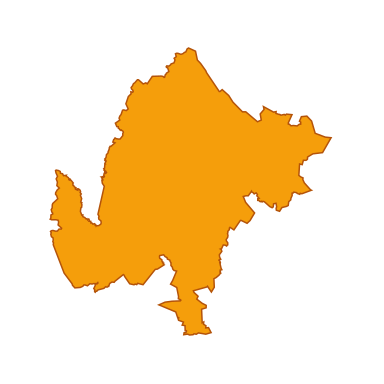 outline of Olinalá, Guerrero, Mexico, rotated 260°
{"feature_id": "50627088B95412074222990", "entity_name": "Olinalá", "entity_type": "district", "adm_level": 2, "iso_a3": "MEX", "parent_name": "Mexico", "parent_adm1": "Guerrero", "projection": "mercator", "projection_center": [-98.791, 17.883], "detail": "fine", "context": "isolated", "style": "filled", "palette": "amber", "viewbox_px": 384, "rotation_deg": 260, "n_neighbors": 0, "source": "geoboundaries", "source_scale": "gbopen_adm2", "svg_char_len": 5973}
<svg xmlns="http://www.w3.org/2000/svg" viewBox="0 0 384 384"><g transform="rotate(260 192 192)"><path d="M62.6,159.2L61.6,161.9L56.7,161.2L56.4,162.4L56.0,162.5L54.7,161.7L54.8,159.8L52.9,159.1L52.8,162.9L51.6,164.8L51.3,168.3L52.0,169.4L51.2,171.5L52.1,173.9L49.6,180.9L50.2,186.4L55.6,184.7L55.8,181.9L57.9,182.5L59.7,180.4L62.0,181.0L61.4,179.3L74.9,181.1L75.5,185.8L77.9,186.3L80.7,182.6L85.7,178.1L88.3,179.9L92.8,176.5L94.5,176.2L95.9,190.2L96.5,190.9L90.1,193.7L94.3,197.4L102.8,198.5L103.5,200.8L105.3,204.0L107.1,206.0L107.5,205.7L107.8,205.7L107.5,206.1L110.1,206.1L110.3,207.9L111.7,207.4L117.5,207.1L117.3,207.6L117.6,207.7L119.5,207.3L120.1,206.7L120.6,207.0L120.8,208.6L123.0,207.9L125.4,208.0L128.4,211.1L130.3,210.8L130.9,210.1L131.1,211.3L134.4,213.6L133.9,215.4L132.8,216.7L133.3,217.0L133.7,218.0L135.8,218.4L137.8,217.4L139.2,217.4L141.2,219.3L143.1,219.9L144.9,219.7L145.5,220.2L147.0,220.4L148.4,222.2L150.1,222.6L150.6,223.3L147.4,226.7L155.6,234.7L155.4,235.6L151.6,240.8L153.8,244.2L160.5,250.0L172.5,243.0L178.7,241.7L178.9,244.4L178.5,246.7L182.3,250.7L181.7,250.7L180.7,252.1L179.3,252.9L180.0,255.0L178.2,256.0L177.0,255.2L174.1,257.0L174.0,255.6L172.4,255.3L172.4,255.9L170.6,257.5L170.8,258.9L170.0,259.3L170.5,260.3L169.8,261.6L164.1,266.1L162.6,268.2L163.2,269.4L166.2,270.3L166.3,272.8L162.7,272.8L161.3,272.0L159.4,271.9L157.8,274.9L161.1,277.9L161.4,282.6L162.0,284.4L165.7,285.6L167.1,287.9L168.6,288.3L171.1,290.0L173.5,290.4L173.5,291.6L174.2,292.2L173.2,294.9L172.4,295.3L171.0,297.7L171.9,298.3L171.2,299.9L173.0,309.9L173.6,309.1L181.5,304.2L185.1,303.3L186.6,303.8L188.0,301.7L189.8,300.1L200.9,302.8L199.8,305.3L203.9,307.2L203.4,309.6L203.6,310.4L204.3,311.4L206.4,311.9L208.6,317.7L208.1,327.4L221.3,338.4L222.9,332.8L228.4,323.5L241.1,322.1L246.8,318.3L247.2,312.8L243.0,310.1L242.0,311.2L239.9,310.8L240.1,309.5L238.8,307.0L239.9,303.3L240.0,301.0L241.9,299.6L242.1,298.7L243.3,298.8L250.8,303.9L252.3,298.5L251.5,297.2L252.4,296.3L252.2,292.9L253.2,291.9L253.1,291.5L254.8,288.3L256.6,288.8L256.5,286.2L263.7,277.2L260.8,277.3L257.0,272.7L250.8,272.7L249.8,268.7L261.6,258.9L262.2,255.6L273.4,247.9L280.7,244.9L287.6,239.5L286.1,237.0L286.2,236.3L306.9,227.1L309.1,226.6L317.1,222.8L321.0,220.2L330.1,219.9L334.4,213.6L333.8,212.1L331.0,210.2L330.8,208.8L329.8,207.1L329.5,205.0L331.1,202.1L331.3,200.7L331.0,199.7L328.0,200.0L326.8,197.6L325.0,198.2L322.3,196.7L321.8,193.7L320.8,192.7L320.0,191.0L320.6,189.1L320.0,188.4L319.1,188.5L318.5,189.6L314.6,190.1L313.5,187.5L312.6,186.9L312.2,186.1L309.7,184.9L309.7,184.4L310.9,183.5L311.5,181.8L312.8,173.0L306.3,166.7L307.5,165.5L306.9,162.7L311.8,158.8L312.0,157.7L309.4,154.5L308.9,153.2L306.7,151.7L305.5,150.2L304.0,150.3L302.5,151.4L301.0,151.5L300.5,150.8L301.3,149.2L299.2,149.0L297.1,145.9L290.3,142.2L284.9,143.6L283.6,141.4L284.7,139.0L284.6,137.8L280.6,135.6L279.3,134.1L277.4,133.0L275.4,133.4L273.1,128.5L269.5,129.3L269.1,130.7L267.7,130.5L266.9,131.4L265.9,131.6L265.5,132.8L264.7,132.2L265.2,133.2L263.9,134.5L262.8,134.8L261.7,134.0L259.5,133.6L256.7,130.4L256.8,129.1L257.6,126.8L258.6,125.6L257.5,124.7L257.3,124.0L254.9,122.7L253.8,124.7L251.0,120.1L251.3,119.4L251.0,119.1L249.9,118.2L248.6,117.9L246.3,116.4L245.2,116.2L243.6,114.2L240.8,113.3L239.7,111.9L239.3,112.3L238.4,111.7L238.0,112.5L237.3,112.2L237.1,112.6L235.2,111.1L234.6,111.5L234.5,111.0L230.7,110.0L230.3,109.2L229.6,109.7L228.9,109.1L228.2,109.9L226.7,109.4L227.3,110.7L226.0,111.2L225.3,110.2L225.3,108.6L223.8,108.0L222.7,108.5L222.2,108.3L222.1,107.8L222.7,107.2L222.6,106.1L222.0,106.4L222.3,105.4L221.2,106.1L220.6,105.6L219.4,106.3L219.1,105.3L216.2,105.2L212.9,106.6L186.4,95.5L184.2,96.2L183.1,95.6L181.5,95.5L179.3,97.3L177.3,97.2L176.2,96.6L175.1,94.4L175.3,92.1L175.8,91.8L175.5,91.6L176.2,91.5L176.1,90.9L177.3,90.9L177.8,90.3L177.5,88.9L179.0,87.9L179.1,87.0L180.7,87.2L181.0,85.7L181.3,86.0L183.2,85.8L183.4,85.4L182.6,84.4L184.0,83.9L183.9,83.0L185.5,82.0L186.7,80.2L188.4,80.5L188.3,79.5L192.2,78.7L195.7,79.8L196.0,80.6L198.6,81.4L199.8,81.1L200.6,81.7L201.5,80.7L204.6,82.2L208.3,81.5L209.3,82.6L211.0,81.7L211.6,82.3L212.8,82.2L213.9,81.7L215.0,80.4L215.0,79.9L213.6,79.8L215.0,77.7L215.7,77.7L215.9,78.4L216.4,78.5L217.4,77.1L218.8,76.6L219.1,76.0L221.1,76.1L221.5,76.6L224.6,74.9L224.9,73.8L225.7,74.3L226.1,74.0L225.9,73.0L226.4,73.2L227.6,72.7L229.6,70.7L230.3,71.2L230.4,68.3L232.5,67.7L233.3,65.7L235.1,65.8L236.3,64.3L237.2,62.0L236.8,61.3L234.3,61.4L230.8,62.3L228.5,60.5L225.2,61.2L221.7,60.0L218.9,62.0L217.5,59.7L215.0,57.6L213.5,57.2L211.9,58.1L208.6,58.6L204.9,52.9L203.7,52.2L200.5,51.5L199.1,50.3L196.6,50.5L195.5,51.1L194.5,51.0L193.9,49.1L190.7,48.4L189.9,47.6L189.0,48.9L188.3,53.2L187.4,55.3L185.5,55.4L182.8,54.4L179.0,57.3L178.2,56.8L178.6,54.6L176.9,52.7L177.1,50.8L178.3,48.4L178.3,46.8L177.7,45.8L176.5,46.3L174.8,45.6L172.4,45.8L170.9,47.2L168.8,47.0L167.2,46.3L166.1,46.8L164.2,46.2L134.3,52.0L122.4,58.0L120.9,58.1L117.9,60.0L117.4,65.4L118.1,68.1L119.2,69.3L119.0,70.6L117.8,72.8L119.4,75.5L118.7,77.7L118.9,79.0L118.3,82.2L119.2,83.5L118.7,83.6L118.0,82.6L118.0,80.6L116.8,80.5L113.9,78.5L112.9,79.2L110.7,78.8L110.1,79.3L110.8,79.8L110.8,81.1L111.4,81.5L111.9,82.7L112.4,88.5L113.7,90.5L113.1,91.7L113.2,92.6L114.0,93.3L113.7,93.7L116.2,95.0L117.2,97.5L116.6,99.7L117.6,100.8L122.6,110.0L121.7,110.8L120.7,110.9L112.4,114.7L110.7,118.8L111.2,120.0L110.4,121.5L111.5,122.6L109.2,127.7L122.2,142.4L122.1,144.6L125.1,151.9L125.7,151.3L126.8,151.8L127.3,150.8L128.1,151.2L128.6,150.5L130.6,150.5L132.3,148.7L133.8,148.7L135.0,149.1L135.1,153.2L133.1,154.2L131.7,156.0L130.2,156.1L128.8,158.3L127.4,158.4L126.0,159.0L123.2,158.5L121.6,159.5L119.4,159.7L117.8,160.7L116.8,163.1L108.1,157.5L105.0,154.9L100.6,160.4L91.4,160.6L89.3,160.0L87.8,162.1L87.3,162.2L86.8,161.6L87.9,153.3L88.2,146.3L86.6,139.8L76.7,155.2L71.2,156.0L70.2,157.6L70.3,156.2L68.0,156.5L65.4,161.0L62.6,159.2Z" fill="#f59e0b" stroke="#b45309" stroke-width="1.5"/></g></svg>